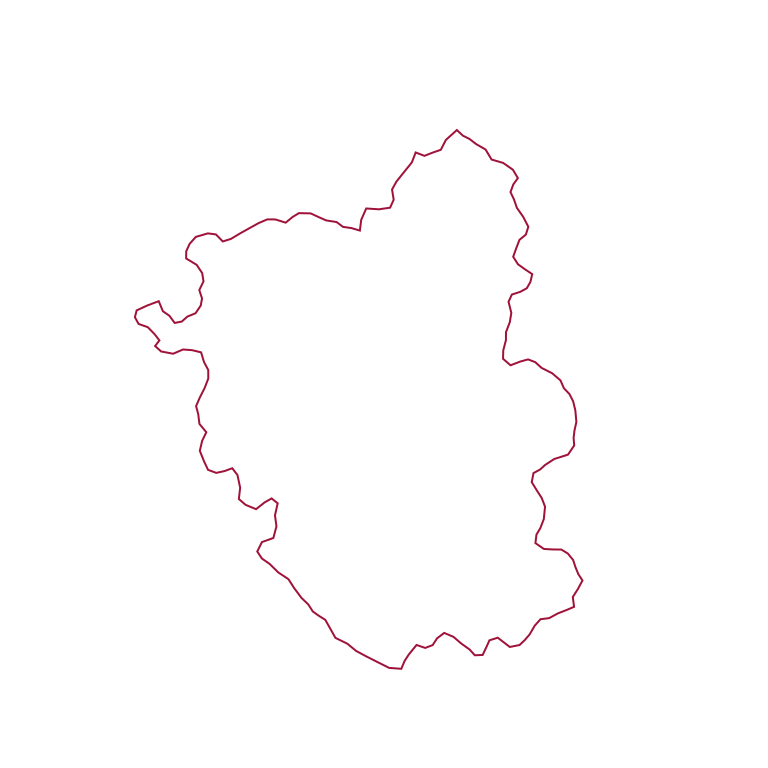 Matipó, Minas Gerais, Brazil, rotated 291°
{"feature_id": "56859067B68269695740740", "entity_name": "Matipó", "entity_type": "district", "adm_level": 2, "iso_a3": "BRA", "parent_name": "Brazil", "parent_adm1": "Minas Gerais", "projection": "mercator", "projection_center": [-42.313, -20.304], "detail": "fine", "context": "isolated", "style": "outline", "palette": "rose", "viewbox_px": 768, "rotation_deg": 291, "n_neighbors": 0, "source": "geoboundaries", "source_scale": "gbopen_adm2", "svg_char_len": 2650}
<svg xmlns="http://www.w3.org/2000/svg" viewBox="0 0 768 768"><g transform="rotate(291 384 384)"><path d="M124.3,502.2L133.0,502.5L140.4,504.1L152.0,507.9L152.4,517.1L157.7,523.0L165.6,524.7L173.2,529.4L172.8,539.6L169.4,549.1L166.8,559.1L163.3,566.0L166.4,573.2L175.4,573.9L182.5,574.3L187.9,581.1L183.6,595.7L188.9,604.1L195.4,607.2L202.4,609.7L212.3,611.3L220.5,614.4L224.6,622.1L232.1,628.5L238.3,635.3L244.1,641.3L252.8,636.6L262.1,638.5L271.7,639.7L276.1,633.6L281.5,628.5L287.5,623.6L291.6,616.4L293.0,608.9L290.0,600.8L287.3,592.4L289.7,582.4L298.0,580.3L305.5,581.6L315.2,581.6L327.2,578.3L334.1,572.1L338.9,565.5L345.3,557.1L354.4,555.5L360.0,560.3L366.3,563.5L375.1,569.9L384.0,581.1L394.8,583.6L401.7,580.3L408.8,578.5L417.5,577.2L427.9,572.1L435.6,566.8L441.1,560.7L444.5,553.5L450.6,547.5L454.3,537.1L455.5,525.4L458.6,517.4L458.6,509.7L453.9,503.3L446.8,495.4L450.2,486.1L458.1,483.3L468.7,482.1L476.1,479.3L486.7,479.3L496.0,477.4L505.4,470.8L513.3,471.3L518.9,478.2L524.6,483.0L531.8,484.1L539.7,483.0L541.5,474.9L543.8,466.1L549.1,459.0L558.1,458.8L567.1,458.8L574.3,462.9L582.5,462.4L589.9,454.1L596.1,444.9L602.8,439.3L608.5,433.3L616.7,433.2L624.2,435.2L630.2,427.6L633.1,416.0L632.1,404.0L639.3,394.8L641.0,384.0L643.4,376.0L644.1,368.7L647.2,361.0L634.0,354.3L623.0,353.1L617.2,346.2L611.5,340.0L611.5,330.6L600.9,330.6L588.2,326.5L577.6,323.1L568.5,321.8L559.5,327.0L550.8,326.5L545.3,316.7L541.5,304.5L529.1,303.9L518.6,306.5L517.9,297.8L516.0,289.4L518.2,281.7L516.0,271.4L516.4,263.3L517.0,254.4L513.0,243.3L507.3,238.9L499.4,234.4L498.7,223.6L495.8,216.0L489.3,209.3L481.7,202.9L472.8,195.5L464.6,189.1L459.3,182.4L463.4,173.5L461.5,165.6L453.9,155.6L445.2,152.3L437.0,151.8L430.3,154.3L428.1,166.4L422.4,174.5L415.2,178.7L405.5,177.9L398.6,183.5L391.5,184.8L382.5,182.7L376.5,176.3L369.8,172.8L366.0,166.7L370.8,159.2L372.7,151.5L380.6,144.0L372.3,134.7L364.1,126.7L357.1,127.5L352.1,133.4L352.4,143.1L348.4,151.8L344.2,158.7L337.4,156.7L334.5,164.3L336.7,176.3L344.2,184.0L346.8,192.7L348.0,201.9L340.1,208.0L334.1,214.9L326.1,218.0L316.0,218.0L305.5,216.9L296.0,216.5L289.4,221.3L280.6,226.0L275.3,235.4L265.7,234.6L255.6,236.0L247.2,243.8L240.8,250.5L240.9,259.2L245.6,266.4L251.0,272.5L246.5,279.8L235.6,286.9L224.6,289.7L221.6,298.1L221.3,309.4L230.7,315.0L236.9,320.1L234.5,327.5L222.3,329.3L212.6,334.6L200.6,335.9L192.7,326.7L182.2,325.7L177.3,332.6L175.0,341.8L170.2,352.8L167.5,364.8L161.1,373.5L154.8,383.5L151.0,392.4L146.1,399.1L144.2,406.5L142.8,413.7L136.6,421.2L129.6,429.6L128.4,442.9L124.8,453.7L123.4,464.6L122.0,478.2L120.8,490.5L124.3,502.2Z" fill="none" stroke="#9f1239" stroke-width="2"/></g></svg>